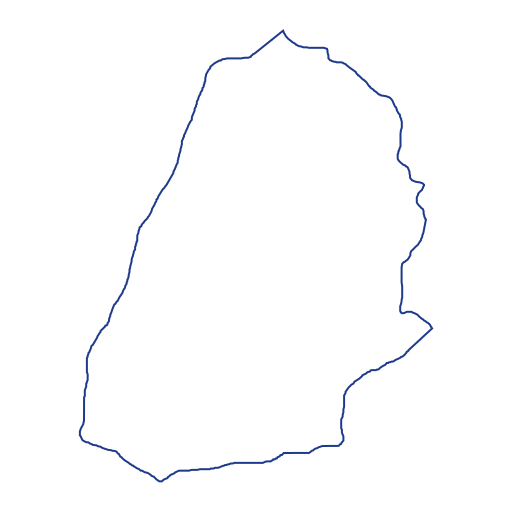 the district of Palmeras, Alajuela, Costa Rica
{"feature_id": "36466004B65263454965640", "entity_name": "Palmeras", "entity_type": "district", "adm_level": 2, "iso_a3": "CRI", "parent_name": "Costa Rica", "parent_adm1": "Alajuela", "projection": "orthographic", "projection_center": [-84.433, 10.047], "detail": "fine", "context": "isolated", "style": "outline", "palette": "blue", "viewbox_px": 512, "rotation_deg": 0, "n_neighbors": 0, "source": "geoboundaries", "source_scale": "gbopen_adm2", "svg_char_len": 5978}
<svg xmlns="http://www.w3.org/2000/svg" viewBox="0 0 512 512"><path d="M283.1,30.7L255.5,52.8L254.4,53.6L253.1,54.1L252.4,55.0L251.3,55.7L250.7,56.9L248.2,57.7L244.0,57.8L241.2,58.4L227.1,58.4L224.4,59.1L223.0,59.1L221.8,59.6L220.7,60.6L219.3,60.6L214.6,63.2L210.3,66.8L210.2,68.2L208.6,69.9L206.0,74.6L206.0,76.0L205.4,77.3L205.2,81.5L204.5,82.3L204.5,83.7L203.8,84.8L203.8,86.2L203.1,87.5L202.4,88.2L202.4,89.6L201.9,90.8L201.0,91.8L200.4,93.0L200.3,94.4L199.4,95.4L198.4,97.8L198.2,99.2L196.9,101.5L196.7,104.2L196.0,105.4L195.9,106.7L195.1,107.8L194.6,109.1L194.6,110.6L191.9,117.0L191.8,119.8L190.4,121.6L188.4,125.3L187.5,127.8L185.7,131.6L185.3,132.9L184.0,135.3L184.0,136.8L183.3,137.5L183.0,138.8L181.9,141.1L181.9,144.0L181.0,147.8L180.5,149.0L180.5,150.5L179.0,155.1L179.0,156.5L178.3,157.7L178.3,159.1L177.8,160.3L177.6,163.0L176.8,164.1L174.8,169.1L173.5,171.5L173.4,172.9L166.4,185.1L165.6,185.8L164.2,188.0L162.7,189.4L158.4,196.3L157.5,198.8L156.4,199.5L156.4,200.9L155.0,203.2L154.7,204.3L152.1,208.8L151.4,211.5L148.9,216.1L147.9,217.1L147.4,218.3L144.4,221.3L143.7,222.6L142.7,223.4L141.5,225.1L141.3,226.3L140.1,226.9L139.5,227.7L139.4,229.0L138.8,230.3L138.3,233.0L137.3,235.4L137.2,241.0L136.5,241.7L136.5,243.1L135.8,244.3L135.8,245.7L135.1,246.8L135.1,249.6L134.2,250.7L133.7,252.0L133.6,253.4L133.0,254.7L132.9,256.1L132.3,257.2L131.9,258.6L131.6,259.9L131.6,261.4L130.2,266.7L130.1,268.1L129.5,269.3L129.5,272.1L128.7,274.7L128.7,276.1L128.0,278.7L127.3,279.9L127.3,281.3L126.6,282.4L126.6,283.8L125.2,286.1L125.0,287.4L124.5,288.6L123.8,289.3L123.2,290.6L122.3,293.1L119.4,297.3L117.6,301.0L116.7,301.6L115.3,303.9L114.3,304.5L112.8,308.1L111.0,313.3L110.3,314.5L110.3,315.9L109.2,318.5L108.9,321.2L107.5,323.5L107.3,324.7L106.6,325.4L105.4,325.6L104.8,326.8L100.6,330.9L100.4,332.2L99.7,332.9L97.5,336.3L97.1,337.6L92.8,344.9L91.7,345.7L91.2,346.8L90.5,349.4L89.8,350.6L89.5,351.9L88.5,352.9L88.4,354.2L87.7,355.4L87.6,356.8L86.9,358.0L86.9,372.2L87.4,373.4L87.7,374.7L87.6,380.4L86.9,381.5L86.8,382.8L86.2,383.6L86.2,386.5L84.8,390.4L84.8,396.1L84.1,397.2L84.0,421.2L83.4,422.5L83.4,423.9L80.6,429.0L80.4,430.3L79.9,431.1L79.9,435.4L80.6,436.1L82.2,439.7L83.2,440.7L85.6,441.9L86.9,442.3L88.3,442.3L90.2,443.7L91.5,444.0L92.6,444.8L96.7,445.4L97.9,446.2L100.5,446.7L101.6,447.5L102.9,448.1L108.3,449.9L111.1,450.2L112.4,450.8L113.8,450.8L116.3,451.5L117.9,453.5L119.0,454.1L120.2,456.5L121.4,457.2L123.1,459.0L125.3,460.7L128.8,462.9L129.8,463.9L131.0,464.4L132.0,465.4L133.3,465.7L134.0,466.4L137.3,468.5L138.7,468.9L140.8,470.7L142.2,470.7L144.6,472.2L147.4,472.8L148.5,473.4L150.7,474.9L151.4,475.7L152.6,476.3L153.9,476.7L156.2,479.2L159.2,481.3L162.0,481.3L163.7,479.6L167.4,478.1L168.1,476.9L169.2,476.3L170.6,474.9L174.3,473.3L175.3,472.3L179.0,470.7L188.9,470.7L191.6,469.9L197.3,469.9L199.9,469.2L209.8,469.2L210.9,468.5L213.7,468.5L214.9,467.8L217.7,467.8L219.0,467.5L222.7,465.9L224.0,465.7L225.1,465.0L226.5,465.0L227.8,464.3L229.2,464.3L230.3,463.6L233.1,463.4L234.4,462.9L262.8,462.9L265.1,461.8L266.4,461.4L270.7,461.4L271.4,460.7L272.7,460.3L273.3,459.3L274.8,459.3L275.5,458.6L276.8,458.5L277.4,457.3L279.7,456.3L280.4,455.1L281.8,455.0L283.8,453.0L309.2,452.9L311.8,450.8L312.9,450.5L314.8,448.9L317.4,448.0L318.5,447.3L322.5,446.0L338.1,445.9L339.1,445.5L339.9,444.4L341.1,443.9L341.6,442.7L343.4,440.6L343.4,436.3L342.3,433.7L341.9,432.4L341.9,429.6L341.2,428.4L341.2,419.9L341.5,418.6L342.3,417.5L342.7,416.2L342.7,414.7L343.4,412.2L343.4,409.4L344.1,406.8L344.1,395.5L345.5,393.1L345.6,391.7L348.6,387.5L351.6,384.5L352.8,384.0L353.8,383.0L354.3,381.8L359.2,378.7L361.9,376.3L362.5,375.2L366.0,373.6L367.4,372.2L370.0,371.5L370.5,370.5L371.8,370.1L376.0,370.1L377.2,369.5L378.6,369.4L380.0,367.9L383.0,365.9L385.3,364.8L386.7,363.0L388.2,363.0L388.9,362.3L390.2,362.2L391.4,361.6L392.8,361.6L394.1,361.0L395.2,360.1L400.1,357.9L401.1,356.9L402.4,356.6L404.2,355.2L406.4,352.7L406.8,351.7L407.8,351.3L408.5,350.6L408.5,350.2L432.1,328.4L431.6,327.8L431.5,327.3L431.1,327.0L429.9,324.7L428.1,323.0L426.6,322.2L425.3,321.1L423.8,320.3L423.1,319.4L422.0,318.9L418.9,316.3L417.5,314.7L413.9,312.9L412.8,312.7L411.5,311.8L406.8,311.8L404.3,313.0L402.1,313.3L400.8,312.4L400.8,311.8L400.2,311.1L400.2,306.4L401.3,302.9L401.9,298.3L402.2,297.9L402.2,286.3L401.6,282.3L401.6,267.2L402.2,263.8L403.7,262.2L404.7,261.9L406.3,260.5L407.7,259.6L410.3,255.5L410.4,253.2L411.2,251.2L414.4,248.1L415.0,247.3L417.8,244.9L420.4,240.8L420.8,240.6L421.1,239.1L422.2,236.8L422.5,234.6L422.9,234.2L423.4,232.6L425.9,219.7L425.4,219.3L425.4,218.4L424.5,217.2L424.0,214.6L423.6,213.9L423.6,211.2L422.9,209.1L421.2,207.9L420.1,206.5L419.1,205.7L416.9,202.8L416.8,202.0L416.8,197.4L418.1,194.6L418.1,193.7L419.9,191.7L421.8,190.1L423.0,187.7L423.1,186.9L424.0,185.6L424.0,184.7L422.5,183.3L420.0,182.4L415.7,181.8L411.8,180.1L410.1,177.8L410.0,175.3L409.5,173.6L409.5,171.8L407.9,167.8L407.3,167.0L405.9,166.4L405.5,165.6L403.0,164.6L399.6,161.6L398.0,159.5L397.7,158.7L397.7,154.1L398.2,153.7L398.3,152.0L398.7,151.4L398.7,150.5L399.6,149.0L399.6,148.1L400.5,146.6L400.5,133.9L400.9,130.3L401.8,127.7L401.8,121.4L401.4,120.7L401.1,118.9L400.0,116.5L399.9,114.7L398.6,113.4L397.3,111.1L396.8,110.3L396.8,109.4L396.4,108.9L396.4,108.1L396.0,107.3L395.3,106.8L394.8,106.1L392.3,100.4L390.7,98.5L389.1,97.2L388.2,97.1L386.6,96.3L380.5,95.3L379.6,94.4L378.7,94.4L376.3,92.0L374.1,90.7L373.7,89.9L370.7,87.8L370.1,87.2L369.8,86.4L369.0,86.1L366.4,82.2L365.5,81.3L364.7,80.9L364.3,80.2L362.8,79.4L358.9,75.6L358.1,75.4L357.9,74.7L356.5,73.6L355.8,72.0L349.5,67.5L346.0,64.7L345.6,64.1L343.2,63.2L342.8,62.7L341.1,62.3L336.6,62.3L335.8,61.9L334.0,61.7L331.5,60.9L331.0,60.4L330.2,60.3L328.4,58.3L328.4,55.5L327.5,52.3L327.5,50.5L327.0,48.8L324.9,48.2L324.2,47.8L308.7,47.8L307.0,47.3L303.4,47.3L300.8,46.4L299.1,46.2L295.9,44.6L295.5,43.9L292.6,42.3L287.9,38.5L285.6,35.8L284.9,34.2L284.3,33.6L283.1,30.7Z" fill="none" stroke="#1e3a8a" stroke-width="2"/></svg>